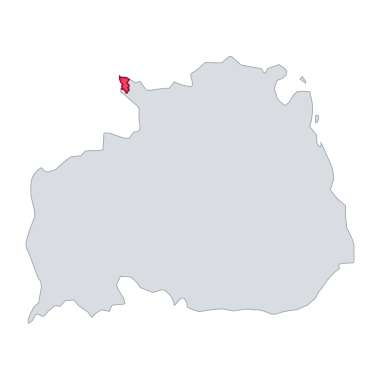 Chantrea, Svay Rieng, Cambodia shown in context, rotated 182°
{"feature_id": "14789045B26681024602209", "entity_name": "Chantrea", "entity_type": "district", "adm_level": 2, "iso_a3": "KHM", "parent_name": "Cambodia", "parent_adm1": "Svay Rieng", "projection": "albers", "projection_center": [106.102, 10.92], "detail": "fine", "context": "in_parent", "style": "filled", "palette": "rose", "viewbox_px": 384, "rotation_deg": 182, "n_neighbors": 0, "source": "geoboundaries", "source_scale": "gbopen_adm2", "svg_char_len": 4928}
<svg xmlns="http://www.w3.org/2000/svg" viewBox="0 0 384 384"><g transform="rotate(182 192 192)"><path d="M350.6,55.0L351.5,58.5L349.0,65.2L346.2,71.2L341.0,76.5L340.8,80.4L339.1,91.9L339.8,95.6L341.0,98.8L342.7,100.4L347.3,111.7L351.4,122.0L355.5,130.5L356.3,135.8L352.6,149.4L348.3,161.8L348.7,168.0L350.6,174.3L352.7,182.5L353.4,193.1L352.4,200.0L350.4,204.3L346.7,208.7L343.4,211.0L339.4,207.3L336.3,207.1L332.1,208.3L328.8,210.0L322.0,216.5L314.6,222.8L304.2,224.4L300.2,229.1L295.9,229.7L287.6,230.0L282.3,231.1L282.5,233.4L282.1,244.5L282.2,247.1L281.4,247.8L277.7,248.1L271.4,246.4L262.9,243.7L256.8,243.3L253.7,248.1L251.8,250.0L249.5,250.3L247.1,251.1L246.3,253.3L246.1,256.0L247.3,260.6L247.7,267.9L247.4,272.9L249.6,276.0L262.6,286.6L266.5,289.3L266.9,290.9L264.7,296.7L266.7,304.8L262.6,304.6L255.8,301.1L252.5,299.0L248.6,300.7L247.2,300.4L244.5,296.4L241.1,292.3L237.5,292.0L229.9,293.6L222.1,294.7L219.1,294.7L217.9,295.4L213.4,301.5L211.5,300.4L203.7,298.1L196.6,297.2L195.1,298.8L195.9,303.7L197.5,308.6L196.6,310.6L192.6,313.1L187.4,317.7L184.2,321.2L182.0,322.1L174.1,321.9L166.2,322.3L163.1,325.7L160.1,328.3L157.5,329.0L147.3,320.6L126.9,317.6L124.7,313.9L122.7,313.2L120.8,317.9L109.6,322.4L104.9,319.6L101.5,316.2L102.0,312.1L105.3,308.8L110.9,306.5L113.5,298.1L109.4,287.3L105.7,284.1L101.8,281.6L97.6,285.6L94.1,292.4L90.5,295.9L85.3,296.6L77.9,296.3L75.1,286.0L74.2,277.3L75.3,267.3L76.5,261.3L69.4,253.1L69.1,245.3L65.6,241.2L64.6,243.3L64.7,245.5L63.7,243.9L52.6,220.9L50.8,210.3L52.9,202.2L54.0,199.4L50.8,195.1L46.3,190.2L38.2,183.7L37.8,173.6L36.1,161.6L33.8,157.6L30.1,150.2L28.2,144.1L27.7,128.0L28.8,126.8L34.5,126.4L41.9,125.3L43.1,122.7L41.8,120.6L46.5,117.0L53.4,109.1L58.7,100.8L62.5,95.6L64.8,90.4L72.4,83.1L82.9,78.1L90.0,77.0L97.3,75.3L104.4,72.9L107.8,72.7L116.5,75.7L121.3,76.5L126.2,76.5L131.4,76.9L135.9,76.6L146.6,74.6L158.0,76.3L168.2,75.1L180.8,72.7L187.0,74.3L192.6,76.7L193.4,81.6L194.7,83.8L196.6,85.6L199.1,85.6L202.3,82.2L205.0,78.7L205.9,78.0L206.0,79.7L207.3,83.6L209.7,87.3L212.1,89.8L216.2,93.1L218.8,93.3L227.4,90.2L240.3,94.7L241.8,97.0L246.0,101.7L250.5,105.0L260.6,105.2L264.2,97.0L262.5,92.1L256.7,83.4L255.2,78.3L257.0,77.4L266.7,76.4L268.3,75.4L270.4,69.8L273.1,70.4L278.5,71.2L284.2,67.3L287.5,63.3L289.4,65.1L291.4,68.0L293.6,69.6L297.7,72.0L302.2,75.4L305.0,78.8L307.3,80.1L313.1,79.1L314.6,79.2L318.0,75.2L320.3,72.9L322.3,73.6L325.2,73.5L331.2,68.3L334.7,63.6L336.5,62.3L342.0,64.6L344.1,64.1L347.2,57.6L350.6,55.0ZM71.3,272.5L70.2,273.1L69.2,273.1L68.1,272.1L68.3,268.4L69.1,266.2L70.9,265.8L71.3,272.5ZM88.1,308.8L85.8,311.3L82.2,306.2L82.2,304.7L88.1,308.8Z" fill="#d9dde1" stroke="#a8b0b8" stroke-width="1"/><path d="M266.1,292.8L266.1,292.7L265.9,292.5L265.8,292.4L265.7,292.4L265.4,292.4L265.2,292.3L264.9,292.3L264.7,292.4L264.6,292.5L264.4,292.6L264.2,292.5L264.1,292.4L264.0,292.2L263.9,292.1L263.7,292.1L263.4,292.1L263.2,291.9L263.0,291.7L262.9,291.7L262.8,291.4L262.7,291.2L262.5,290.9L262.4,290.9L262.3,290.7L262.2,290.6L262.0,290.4L261.9,290.2L261.7,290.0L261.6,289.8L261.6,289.5L261.4,289.2L261.3,288.9L261.3,288.7L260.2,288.9L260.2,289.1L260.2,289.3L260.1,289.6L260.0,289.8L259.8,290.1L259.6,290.4L259.4,290.6L259.1,291.0L258.8,291.2L258.5,291.5L258.7,291.8L258.7,292.0L258.8,292.0L258.8,292.3L258.9,292.5L258.9,292.8L259.0,292.8L259.1,293.0L259.2,293.3L259.3,293.5L259.2,293.6L259.3,293.7L259.2,293.7L259.3,293.7L259.3,293.8L259.2,293.9L259.3,294.0L259.3,294.3L259.2,294.4L259.1,294.5L259.1,294.9L259.1,295.0L259.0,295.3L258.9,295.3L258.7,295.5L258.6,295.9L258.6,296.1L258.7,296.4L258.7,296.5L258.8,296.7L258.9,296.8L259.0,297.0L259.3,297.3L259.5,297.4L259.6,297.5L259.8,297.6L259.9,297.8L260.0,297.8L260.2,298.0L260.3,298.0L260.5,298.1L260.5,298.3L260.6,298.5L260.5,298.9L260.5,299.1L260.4,299.4L260.3,299.7L260.1,300.0L259.9,300.3L259.8,300.5L259.6,300.9L259.4,301.2L259.2,301.6L259.0,301.8L258.8,302.1L258.7,302.2L261.0,303.7L261.1,303.8L261.4,303.8L261.5,303.8L261.8,303.9L262.0,303.9L262.3,303.9L262.6,303.9L262.8,303.9L263.0,303.9L263.3,303.9L263.5,303.9L264.0,303.9L264.4,303.9L264.5,303.9L264.9,303.8L265.1,303.8L265.3,303.8L265.5,303.8L266.0,303.8L266.3,303.7L266.5,303.7L266.8,303.7L268.3,305.0L268.3,304.1L268.3,303.5L268.2,302.5L268.2,302.3L268.2,302.2L268.2,301.9L268.0,301.7L267.9,301.5L267.9,301.4L267.8,301.2L267.7,301.1L267.6,300.9L267.5,300.7L267.4,300.5L267.4,300.4L267.3,300.2L267.2,300.0L267.1,299.9L267.0,299.7L266.9,299.5L266.9,299.4L266.8,299.2L266.7,299.1L266.6,298.9L266.4,298.6L266.2,298.4L266.0,298.2L265.9,298.1L265.7,297.9L265.5,297.7L265.3,297.4L265.0,297.1L265.1,296.9L265.2,296.7L265.3,296.5L265.3,296.4L265.5,296.2L265.7,295.9L265.8,295.7L265.9,295.4L265.8,295.2L265.7,295.1L265.5,294.9L265.5,294.7L265.5,294.4L265.5,294.2L265.5,293.9L265.5,293.7L265.4,293.6L265.4,293.4L265.4,293.2L265.5,293.1L265.8,293.0L265.9,292.9L266.0,292.8L266.1,292.8Z" fill="#f43f5e" stroke="#9f1239" stroke-width="1.5"/></g></svg>